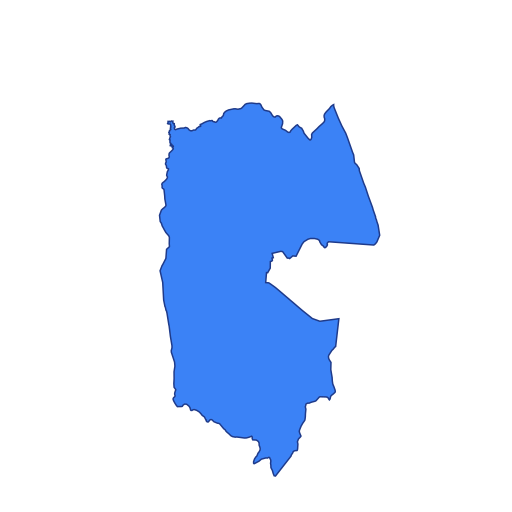 Kerinci, Jambi, Indonesia (orthographic projection), rotated 218°
{"feature_id": "22746128B64633952285861", "entity_name": "Kerinci", "entity_type": "district", "adm_level": 2, "iso_a3": "IDN", "parent_name": "Indonesia", "parent_adm1": "Jambi", "projection": "orthographic", "projection_center": [101.649, -2.061], "detail": "fine", "context": "isolated", "style": "filled", "palette": "blue", "viewbox_px": 512, "rotation_deg": 218, "n_neighbors": 0, "source": "geoboundaries", "source_scale": "gbopen_adm2", "svg_char_len": 6096}
<svg xmlns="http://www.w3.org/2000/svg" viewBox="0 0 512 512"><g transform="rotate(218 256 256)"><path d="M236.0,98.7L235.4,97.5L234.9,96.9L233.9,96.2L233.5,95.5L233.4,94.9L233.7,93.8L233.6,93.0L233.3,92.2L231.8,91.2L229.3,90.1L226.7,89.2L225.2,88.9L221.8,91.7L221.5,92.3L221.7,93.3L221.2,95.2L219.9,96.2L219.2,96.5L216.2,96.4L214.6,95.8L212.7,94.4L212.2,94.3L211.4,94.8L210.9,96.2L209.9,97.1L207.5,97.9L204.5,98.2L201.8,97.7L200.4,97.3L197.5,97.4L194.4,95.9L194.1,96.1L193.6,95.4L192.7,95.2L192.2,95.3L191.5,95.8L191.4,96.4L191.4,98.3L191.1,99.1L190.3,99.7L189.3,99.8L187.2,99.5L183.5,100.5L182.3,101.2L181.3,101.4L175.0,100.0L173.3,100.1L172.3,99.6L170.6,99.3L167.7,99.2L165.2,98.9L163.4,99.2L160.8,100.5L159.8,101.5L153.0,105.5L151.5,106.8L150.0,108.8L148.5,111.3L148.1,111.3L147.0,110.5L146.6,109.8L145.4,109.1L142.5,111.1L141.1,111.3L139.7,111.2L138.4,110.5L137.0,108.8L135.5,107.9L134.2,106.9L133.3,105.5L133.0,103.5L133.0,101.8L132.2,99.0L132.4,97.4L132.2,95.1L131.3,92.5L130.4,91.3L129.9,91.1L129.5,91.3L127.3,96.2L126.7,99.2L123.8,103.1L122.7,103.7L121.9,105.3L121.2,105.5L118.8,104.3L117.9,103.3L116.9,101.6L115.5,100.3L113.9,98.4L111.1,97.1L108.5,95.2L106.4,94.0L105.2,94.6L105.2,119.8L105.7,121.1L105.8,123.2L106.2,124.7L106.1,125.3L105.7,126.2L104.8,127.2L104.0,127.8L103.9,128.4L104.4,129.5L107.2,133.6L109.0,135.1L109.9,138.0L109.6,140.8L109.7,141.8L112.6,143.4L113.9,144.4L114.5,145.5L115.7,149.6L116.2,152.8L116.4,156.5L116.9,157.6L118.3,159.9L119.9,162.1L122.4,166.0L124.3,167.5L124.7,168.7L125.3,169.6L125.4,170.1L125.2,170.9L124.6,172.0L123.6,172.7L122.4,174.8L120.0,178.0L119.6,178.9L119.3,183.6L119.0,184.4L114.0,188.1L112.8,188.6L111.9,188.6L110.1,187.9L109.6,187.8L109.6,188.9L110.6,191.0L110.8,191.7L110.6,193.2L110.2,194.7L109.8,197.2L110.0,197.9L111.1,199.0L113.9,200.8L116.7,202.4L119.0,204.6L121.3,207.2L127.1,212.5L131.4,218.3L134.3,219.3L135.8,220.1L137.2,221.6L137.6,222.9L138.1,228.3L137.8,230.1L137.8,232.5L137.5,233.7L152.1,257.6L165.5,243.9L173.1,241.4L186.2,241.6L220.8,243.1L227.0,242.9L229.4,242.7L232.0,241.0L237.5,249.4L236.5,250.0L237.3,255.2L241.3,260.5L240.4,261.7L240.4,262.7L242.1,264.2L241.3,265.3L244.9,268.0L239.3,275.0L237.8,275.8L237.2,275.7L230.1,273.6L228.7,274.6L227.9,274.7L227.1,278.7L224.3,280.5L227.0,293.9L227.0,296.9L225.4,301.2L223.9,303.3L220.7,305.8L217.7,307.2L215.5,307.3L214.6,306.5L211.3,305.2L209.1,305.3L208.2,304.9L206.8,304.9L206.4,305.7L206.3,307.5L206.6,308.8L207.4,309.3L207.8,310.1L207.6,311.9L169.9,337.2L169.4,339.1L169.4,341.5L171.3,348.5L178.8,355.5L181.9,357.5L183.6,358.8L185.0,359.5L185.9,360.5L192.1,364.5L194.1,366.0L204.3,372.3L212.2,377.6L216.0,379.7L224.8,385.4L227.0,386.8L228.6,388.5L233.0,390.0L234.8,390.0L236.1,390.5L241.3,395.8L243.8,397.2L256.9,405.6L260.9,408.0L268.6,411.4L276.0,415.3L285.8,421.0L287.3,422.2L288.0,423.1L288.5,422.0L289.0,419.9L288.9,417.4L289.4,412.9L289.4,411.0L289.3,409.9L288.8,408.6L287.8,407.4L286.3,406.4L285.4,405.2L284.9,404.0L285.1,401.6L286.0,396.8L286.3,393.8L287.3,387.7L287.0,386.0L285.1,383.8L284.5,382.1L284.5,381.2L284.7,380.8L285.0,380.6L287.3,380.8L293.6,382.3L294.5,382.8L295.5,383.5L298.7,384.8L300.7,384.4L301.8,384.4L304.1,384.9L304.7,383.8L305.6,378.0L305.7,376.3L305.5,374.9L305.5,374.3L306.2,373.6L307.2,373.2L310.1,373.2L313.6,372.3L314.7,372.5L315.2,372.9L316.5,376.6L317.9,378.6L318.5,379.1L319.9,379.7L323.2,380.4L324.2,380.3L325.3,379.8L326.0,379.1L326.3,378.4L326.4,377.3L327.2,376.8L328.2,376.6L329.5,376.8L332.7,378.0L334.6,378.2L338.5,376.3L339.6,376.0L342.9,376.9L345.4,378.2L346.8,378.4L347.5,378.1L349.2,376.5L353.5,373.9L355.0,372.6L357.1,370.4L357.9,368.9L358.1,366.3L358.4,363.5L358.7,362.9L360.6,360.5L362.9,359.3L364.1,358.3L367.5,354.3L368.7,352.0L369.1,350.7L369.2,348.5L368.3,346.7L368.3,345.6L368.5,345.0L368.2,343.5L368.7,343.2L369.6,342.3L369.8,341.8L369.9,340.6L369.7,339.9L369.6,338.0L369.8,337.0L370.4,336.3L371.5,336.1L372.3,335.6L373.0,335.5L373.8,335.8L374.2,335.6L374.9,334.6L375.7,334.3L377.6,331.8L378.9,329.5L380.1,326.6L380.9,325.3L380.7,324.8L379.8,324.6L379.5,324.2L379.8,323.6L380.6,322.8L380.8,321.6L381.3,320.3L381.2,318.3L381.5,317.7L382.6,317.0L383.7,315.1L384.9,314.3L386.4,314.2L388.0,314.6L388.8,314.6L389.8,314.3L390.7,313.9L391.5,312.5L394.0,310.4L396.1,307.8L397.2,306.0L398.1,305.8L398.6,306.0L399.4,307.0L399.5,307.5L399.2,307.8L399.3,308.0L399.8,308.2L400.3,308.6L401.1,308.8L401.6,309.7L401.9,310.0L402.3,309.8L402.5,309.6L403.1,309.6L403.7,310.1L404.5,310.5L404.5,311.0L405.9,310.2L406.2,308.9L407.5,308.7L407.8,307.9L408.1,307.8L407.3,306.7L407.3,306.0L407.1,305.9L406.2,306.2L404.8,307.2L404.1,306.9L403.6,306.2L403.0,305.9L402.8,304.9L402.1,304.6L401.9,303.6L401.0,303.1L401.4,301.6L400.8,300.8L400.9,299.9L400.7,299.6L399.9,299.4L399.5,298.5L398.4,298.8L397.7,297.7L396.8,297.3L396.6,296.1L395.9,294.4L395.1,294.5L394.8,293.9L393.7,292.5L392.3,292.3L392.2,292.2L392.5,291.8L392.5,291.5L391.9,291.2L391.2,291.7L391.4,290.2L389.9,290.7L389.7,291.4L388.9,291.7L388.5,291.3L388.9,290.5L388.7,289.8L387.7,289.9L387.2,289.6L387.1,289.2L387.1,287.8L387.6,284.1L387.6,283.5L386.7,281.9L385.5,280.9L385.1,280.0L385.3,279.0L386.6,277.2L386.5,276.6L384.7,274.9L384.4,273.5L383.9,272.7L382.2,272.0L381.1,270.8L380.4,270.4L380.0,270.4L378.9,270.8L378.6,270.8L378.0,269.6L377.8,267.9L376.2,264.7L375.5,264.2L374.6,263.9L374.2,263.5L373.8,262.2L373.8,261.0L374.1,258.3L374.7,256.0L374.6,255.1L374.2,254.3L373.2,253.6L372.3,252.3L371.8,251.9L371.2,251.8L369.9,251.9L369.2,251.5L364.9,247.1L362.9,244.8L358.2,240.6L357.9,239.7L358.0,238.2L358.6,235.6L358.8,233.9L357.1,228.7L352.7,224.2L350.6,223.5L348.5,222.0L343.9,220.0L341.4,219.0L337.7,218.3L336.5,217.9L335.6,217.2L331.8,212.1L330.1,210.3L330.0,209.7L330.6,206.2L325.5,198.6L324.1,191.2L324.2,190.9L322.5,185.3L313.2,177.7L301.7,164.5L296.6,160.1L296.0,159.9L294.9,159.0L293.6,157.9L292.6,157.5L291.1,156.3L282.4,148.2L281.4,147.4L273.8,139.8L266.9,133.5L265.6,131.8L264.5,129.2L263.4,128.0L254.9,122.3L252.1,119.3L249.3,114.3L245.0,108.9L242.2,104.9L239.7,102.1L237.1,101.4L236.8,101.0L236.0,98.7Z" fill="#3b82f6" stroke="#1e3a8a" stroke-width="1.5"/></g></svg>